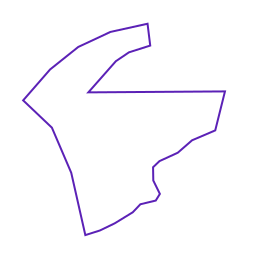 SVG path tracing the border of Mellieħa, rotated 353°
{"feature_id": "MLT-5925", "entity_name": "Mellieħa", "entity_type": "state/province", "adm_level": 1, "iso_a3": "MLT", "parent_name": "Malta", "parent_adm1": "", "projection": "orthographic", "projection_center": [14.362, 35.96], "detail": "fine", "context": "isolated", "style": "outline", "palette": "violet", "viewbox_px": 256, "rotation_deg": 353, "n_neighbors": 0, "source": "natural_earth", "source_scale": "10m", "svg_char_len": 460}
<svg xmlns="http://www.w3.org/2000/svg" viewBox="0 0 256 256"><g transform="rotate(353 128 128)"><path d="M72.6,229.1L66.2,165.5L52.5,118.4L27.3,87.8L57.8,60.4L88.5,41.5L122.2,30.5L160.1,26.9L160.1,48.9L138.2,53.0L124.1,60.2L93.0,87.8L228.7,103.5L214.3,141.0L190.1,148.0L174.4,158.6L155.2,164.7L148.1,170.0L146.7,183.2L151.6,197.3L146.7,203.4L131.0,205.2L122.5,212.2L103.2,221.0L87.6,226.3L72.6,229.1Z" fill="none" stroke="#5b21b6" stroke-width="2"/></g></svg>